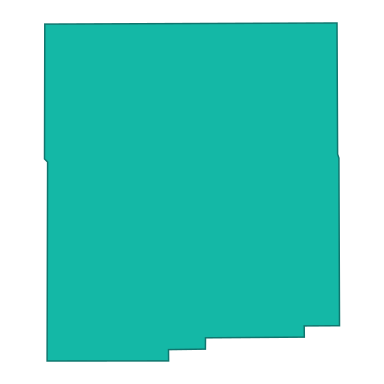 Boone, Nebraska, United States of America
{"feature_id": "52423323B18461908563123", "entity_name": "Boone", "entity_type": "district", "adm_level": 2, "iso_a3": "USA", "parent_name": "United States of America", "parent_adm1": "Nebraska", "projection": "robinson", "projection_center": [-98.057, 41.699], "detail": "fine", "context": "isolated", "style": "filled", "palette": "teal", "viewbox_px": 384, "rotation_deg": 0, "n_neighbors": 0, "source": "geoboundaries", "source_scale": "gbopen_adm2", "svg_char_len": 304}
<svg xmlns="http://www.w3.org/2000/svg" viewBox="0 0 384 384"><path d="M44.8,24.1L44.5,158.9L47.6,162.0L47.1,361.0L168.6,360.9L168.5,349.6L205.4,349.1L205.5,337.8L304.3,337.1L304.2,325.9L339.5,325.7L338.9,158.1L337.6,154.2L337.0,23.0L44.8,24.1Z" fill="#14b8a6" stroke="#0f766e" stroke-width="1.5"/></svg>